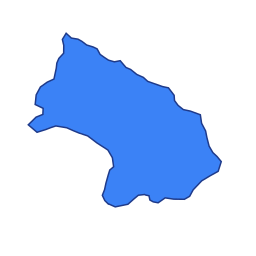 Tymvou, Cyprus (Albers equal-area conic projection), rotated 12°
{"feature_id": "46923920B59196916955997", "entity_name": "Tymvou", "entity_type": "district", "adm_level": 2, "iso_a3": "CYP", "parent_name": "Cyprus", "parent_adm1": "", "projection": "albers", "projection_center": [33.506, 35.133], "detail": "fine", "context": "isolated", "style": "filled", "palette": "blue", "viewbox_px": 256, "rotation_deg": 12, "n_neighbors": 0, "source": "geoboundaries", "source_scale": "gbopen_adm2", "svg_char_len": 1159}
<svg xmlns="http://www.w3.org/2000/svg" viewBox="0 0 256 256"><g transform="rotate(12 128 128)"><path d="M47.8,48.2L45.4,55.0L48.0,60.6L49.5,68.2L45.9,74.3L44.9,79.3L45.4,84.4L45.4,95.5L39.4,100.0L33.8,106.1L31.3,114.7L31.9,120.2L32.3,124.3L40.9,126.4L41.9,132.4L35.8,136.5L29.8,145.6L39.9,151.1L47.9,146.6L52.5,143.6L57.0,141.0L68.1,140.5L75.1,142.0L81.2,143.1L90.2,144.1L100.8,149.1L112.9,153.7L118.9,160.3L122.0,168.9L118.9,172.9L118.4,178.5L117.9,186.6L117.9,193.1L116.9,199.2L120.4,203.8L124.6,206.5L124.8,206.3L131.9,207.8L143.8,202.6L148.2,196.6L152.1,191.6L158.1,189.6L158.3,189.7L159.3,189.9L162.6,189.9L164.4,193.9L168.0,195.0L173.0,194.9L178.9,188.6L187.4,188.1L198.0,186.0L202.5,182.0L204.6,174.9L211.1,164.3L218.2,157.7L225.2,151.6L226.2,141.5L221.2,137.5L216.1,134.4L211.1,128.9L207.1,120.8L204.5,114.7L199.0,108.1L196.0,100.0L185.4,98.5L178.3,98.5L172.3,95.5L167.8,91.5L166.3,86.4L159.2,80.3L153.2,80.3L137.6,78.3L132.5,75.3L125.5,73.8L118.4,70.2L113.4,69.2L106.4,63.8L100.9,66.1L94.8,65.7L90.0,63.8L85.4,61.8L81.3,57.0L77.1,56.0L70.3,55.4L64.8,52.8L60.6,51.5L53.9,51.8L47.8,48.2Z" fill="#3b82f6" stroke="#1e3a8a" stroke-width="1.5"/></g></svg>